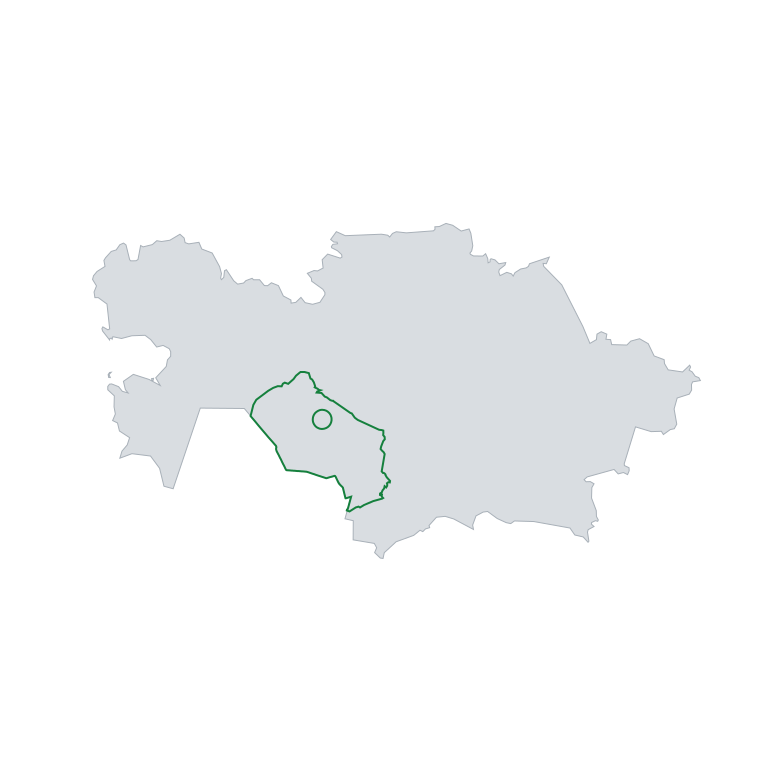 Kazakhstan, with Qyzylorda highlighted, rotated 13°
{"feature_id": "KAZ-3197", "entity_name": "Qyzylorda", "entity_type": "Region", "adm_level": 1, "iso_a3": "KAZ", "parent_name": "Kazakhstan", "parent_adm1": "", "projection": "albers", "projection_center": [63.953, 45.065], "detail": "fine", "context": "in_parent", "style": "outline", "palette": "green", "viewbox_px": 768, "rotation_deg": 13, "n_neighbors": 0, "source": "natural_earth", "source_scale": "10m", "svg_char_len": 6812}
<svg xmlns="http://www.w3.org/2000/svg" viewBox="0 0 768 768"><g transform="rotate(13 384 384)"><path d="M460.8,513.7L457.0,515.9L455.0,519.1L452.0,518.4L447.0,524.8L431.3,535.0L422.2,548.3L422.3,554.2L419.5,554.4L412.8,550.4L413.7,545.2L410.4,541.5L389.0,542.8L384.8,524.1L376.3,524.1L377.3,501.2L372.3,504.0L366.9,494.0L356.8,484.8L349.1,488.7L328.4,486.9L307.9,489.7L294.5,473.6L292.1,468.3L253.4,439.3L210.4,448.8L202.1,533.5L192.6,533.1L184.3,516.6L172.7,506.7L154.1,508.6L143.3,515.7L143.8,508.3L147.5,501.2L148.2,493.5L136.8,489.3L133.1,481.9L127.8,480.7L129.0,473.7L126.1,467.0L123.9,456.2L116.2,451.8L115.4,448.5L116.6,445.9L118.6,445.2L126.0,446.3L130.7,450.0L136.7,450.3L133.3,447.7L129.5,440.0L137.6,431.0L154.0,432.4L166.3,435.8L160.2,429.3L167.9,415.9L167.6,409.2L169.9,405.0L168.9,400.5L166.8,397.9L160.1,396.1L154.2,399.1L146.7,393.2L140.2,390.3L127.5,393.7L118.0,398.7L109.2,398.9L109.0,401.5L107.9,400.6L106.5,401.6L106.7,402.8L97.9,395.7L96.7,393.5L97.2,391.6L102.8,393.3L104.3,392.0L96.1,368.4L86.1,364.1L82.9,364.9L80.8,359.6L81.8,353.1L76.5,347.7L76.6,343.9L79.1,338.9L85.7,332.2L83.3,326.6L84.3,323.6L88.4,316.2L92.9,313.6L95.3,307.7L98.5,305.3L101.3,306.5L108.2,320.1L109.5,321.0L114.7,319.7L116.3,318.0L115.7,303.8L118.4,304.6L126.9,300.3L130.4,295.5L135.2,295.2L143.0,292.1L151.5,284.0L156.4,286.7L158.4,291.0L162.2,291.4L171.8,287.6L176.1,293.5L187.1,295.0L197.4,306.6L200.8,313.0L201.0,317.6L202.1,318.9L203.9,316.2L203.1,309.5L204.7,308.1L214.3,317.2L218.9,319.6L224.5,317.2L226.2,314.3L231.7,310.7L233.5,311.8L239.3,310.4L245.3,315.0L248.5,314.4L251.5,310.7L259.0,311.9L266.1,320.9L274.4,323.1L275.3,326.1L279.7,324.3L283.6,318.3L288.8,322.5L296.5,322.4L303.2,318.8L306.3,310.4L305.9,308.2L303.2,305.5L290.4,300.1L289.4,297.3L284.4,293.4L290.3,289.2L293.8,288.8L298.6,284.7L295.8,276.8L299.9,270.1L313.0,271.2L314.5,269.8L313.6,267.4L308.7,264.6L302.3,263.0L301.8,261.9L302.8,259.4L307.2,257.8L306.4,256.4L303.2,257.0L299.5,255.2L303.3,246.3L312.9,248.2L347.9,238.6L354.2,238.2L356.5,239.5L358.4,235.4L361.7,232.9L371.8,231.7L397.8,223.6L398.9,221.8L398.2,219.4L402.5,218.1L408.3,213.6L415.2,213.9L424.8,217.6L432.0,213.8L434.7,217.6L439.4,229.3L439.5,234.6L438.3,237.1L439.0,238.2L442.4,239.1L451.5,237.1L453.7,234.2L456.9,238.5L458.2,242.5L459.9,241.1L459.4,239.0L460.1,237.9L464.2,238.1L468.9,241.0L475.3,238.3L475.1,240.9L470.6,246.5L470.6,249.1L472.7,252.3L478.5,247.6L483.4,248.0L485.6,249.8L486.6,246.0L491.3,241.2L496.4,238.9L498.3,236.9L498.7,234.1L516.5,223.2L515.1,230.3L511.9,230.7L513.2,233.5L534.9,247.4L564.9,283.3L575.5,298.1L581.0,293.0L580.3,287.5L583.9,284.2L589.9,285.3L590.2,290.5L594.8,289.8L597.0,294.4L611.9,291.4L614.8,286.7L622.8,282.4L632.4,285.3L640.9,295.9L651.5,297.3L652.7,301.0L657.7,306.3L672.2,305.1L677.6,296.9L678.9,298.5L678.2,301.9L681.4,302.8L685.5,306.4L689.3,307.0L691.5,309.5L684.2,312.5L683.7,315.3L685.1,320.7L683.7,325.2L672.8,331.7L672.3,343.1L678.3,357.3L676.9,362.3L673.2,364.0L667.6,370.4L664.9,367.7L655.0,370.3L638.7,369.2L636.0,407.7L636.6,409.4L641.6,410.5L642.4,413.4L641.7,417.5L637.2,416.4L632.4,418.9L627.4,415.5L602.9,428.8L600.5,432.2L602.9,433.8L607.0,432.7L611.1,434.0L609.8,438.2L611.9,448.5L619.3,459.6L620.8,465.3L623.4,468.3L623.1,469.7L620.8,469.6L617.4,472.3L617.6,473.9L620.7,475.6L615.7,480.0L615.6,482.6L619.0,491.1L618.4,492.3L612.5,488.2L603.9,488.2L597.6,482.5L561.0,484.3L541.9,488.1L538.9,491.5L534.3,491.6L524.6,489.6L513.6,484.9L509.4,486.5L503.3,491.8L502.1,501.5L503.9,505.6L482.3,499.8L473.4,499.2L465.1,502.0L459.7,511.7L460.8,513.7ZM115.9,439.3L114.3,439.6L113.1,436.9L114.0,434.5L115.6,433.9L113.9,436.7L115.9,439.3ZM158.2,432.8L156.9,432.3L156.3,431.1L158.2,430.3L158.2,432.8Z" fill="#d9dde1" stroke="#a8b0b8" stroke-width="1"/><path d="M308.5,489.9L308.2,489.8L307.8,489.6L306.6,488.2L305.7,487.0L304.8,485.9L303.8,484.8L302.9,483.7L302.0,482.6L301.1,481.4L300.2,480.3L299.2,479.2L298.1,477.8L297.2,476.7L296.3,475.7L294.5,473.6L293.6,472.0L293.4,471.4L293.4,470.2L293.3,469.7L293.0,469.0L292.6,468.5L291.6,467.8L290.2,466.8L288.3,465.4L285.9,463.7L283.2,461.8L280.3,459.6L277.2,457.3L274.1,455.0L270.9,452.6L267.8,450.2L264.9,448.0L262.2,446.0L261.2,445.2L261.4,433.7L263.1,428.1L272.7,416.7L276.9,412.7L281.0,410.0L284.8,409.3L285.4,406.5L287.0,405.0L290.6,405.4L294.8,399.5L296.4,395.7L299.9,391.1L303.8,390.2L308.3,390.3L311.1,395.2L313.0,395.8L315.3,398.2L317.5,401.8L317.2,402.8L318.7,403.2L320.2,403.5L322.0,404.4L323.4,404.4L320.6,406.4L320.3,407.5L325.1,406.8L329.1,409.6L331.3,409.9L335.3,411.8L337.4,412.0L338.3,411.8L338.8,412.2L357.8,419.8L359.2,419.9L363.1,423.4L366.5,424.9L389.5,429.7L392.2,429.4L393.8,429.5L394.4,431.8L394.7,434.0L396.5,435.4L397.2,437.7L396.1,439.8L395.3,445.4L395.3,448.1L396.9,449.3L399.1,450.6L400.4,452.1L401.4,469.7L403.1,470.9L403.8,470.7L404.8,471.1L405.8,471.8L406.0,472.5L407.7,474.3L411.7,477.1L411.8,478.6L410.3,478.7L409.2,480.1L409.7,480.9L410.0,482.5L409.4,484.3L407.6,483.4L407.6,485.8L406.5,488.0L406.2,490.1L404.8,491.6L405.2,493.8L405.6,491.9L406.2,491.6L406.2,492.4L406.9,492.4L407.0,494.0L408.3,495.0L408.8,495.3L408.0,496.1L399.9,500.5L391.9,506.3L388.4,509.7L386.8,509.2L384.3,510.6L379.1,515.9L377.8,515.8L376.2,515.6L376.2,514.9L376.2,514.7L376.3,514.5L376.5,514.4L376.7,514.2L376.8,514.0L376.8,513.3L376.9,512.7L377.1,507.0L377.3,501.2L374.9,502.6L372.5,504.0L372.3,504.0L372.2,504.0L371.0,501.7L369.7,499.1L368.8,497.3L367.3,494.3L366.9,494.0L366.6,493.7L364.8,492.7L363.1,491.6L362.2,490.8L361.4,489.9L359.5,487.5L357.7,485.2L357.4,485.0L357.1,484.7L356.9,484.7L356.6,484.6L356.3,484.7L356.0,484.9L354.4,485.8L352.7,486.7L351.1,487.6L349.4,488.6L349.1,488.7L348.8,488.8L347.9,488.7L345.6,488.5L343.3,488.3L340.9,488.1L338.6,487.9L336.1,487.6L333.5,487.4L330.9,487.1L328.4,486.9L326.9,487.1L325.3,487.3L323.8,487.6L322.3,487.8L320.7,488.0L319.2,488.3L317.6,488.5L316.1,488.7L315.2,488.9L314.2,489.0L313.2,489.2L312.3,489.3L311.7,489.4L311.1,489.5L310.5,489.6L309.9,489.7L308.5,489.9L308.5,489.9ZM331.7,442.0L332.6,441.9L333.6,441.8L334.5,441.5L335.3,441.2L336.2,440.8L336.9,440.3L337.7,439.8L338.3,439.2L339.0,438.5L339.5,437.8L340.0,437.0L340.4,436.1L340.7,435.3L340.9,434.3L341.1,433.4L341.1,432.4L341.1,431.4L340.9,430.5L340.7,429.6L340.4,428.7L340.0,427.9L339.5,427.1L339.0,426.3L338.4,425.7L337.7,425.0L337.0,424.5L336.2,424.0L335.4,423.6L334.6,423.3L333.7,423.0L332.7,422.9L331.8,422.8L330.8,422.9L329.9,423.0L329.0,423.2L328.2,423.5L327.3,423.9L326.6,424.4L325.8,425.0L325.2,425.6L324.6,426.2L324.0,427.0L323.5,427.7L323.1,428.6L322.8,429.4L322.5,430.4L322.4,431.3L322.3,432.3L322.4,433.3L322.5,434.2L322.7,435.1L323.0,436.0L323.4,436.9L323.9,437.7L324.4,438.4L325.0,439.1L325.7,439.7L326.4,440.3L327.2,440.8L328.0,441.2L328.8,441.5L329.7,441.7L330.7,441.9L331.7,442.0Z" fill="none" stroke="#15803d" stroke-width="2"/></g></svg>